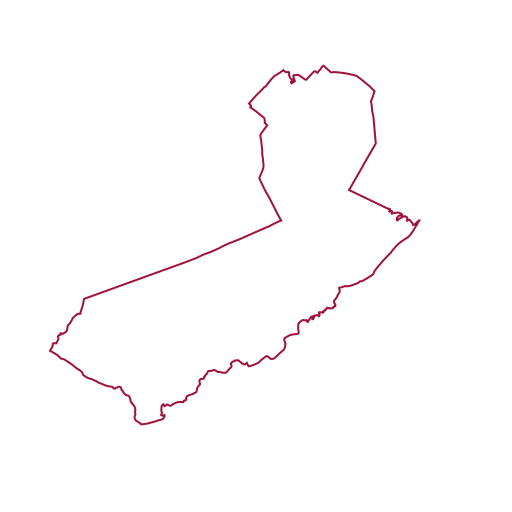 outline of Aek Phnum, Batdâmbâng, Cambodia, rotated 129°
{"feature_id": "14789045B18738075075755", "entity_name": "Aek Phnum", "entity_type": "district", "adm_level": 2, "iso_a3": "KHM", "parent_name": "Cambodia", "parent_adm1": "Batdâmbâng", "projection": "mercator", "projection_center": [103.494, 13.247], "detail": "fine", "context": "isolated", "style": "outline", "palette": "rose", "viewbox_px": 512, "rotation_deg": 129, "n_neighbors": 0, "source": "geoboundaries", "source_scale": "gbopen_adm2", "svg_char_len": 6113}
<svg xmlns="http://www.w3.org/2000/svg" viewBox="0 0 512 512"><g transform="rotate(129 256 256)"><path d="M125.7,151.4L126.1,151.9L131.5,152.4L132.6,153.0L133.0,153.6L132.7,154.1L132.2,154.4L131.7,157.3L131.3,158.5L131.3,159.1L131.4,159.8L132.1,160.2L133.5,160.7L133.6,161.1L132.0,161.7L130.9,162.8L131.2,165.0L131.9,165.8L133.9,166.9L135.2,167.3L137.7,168.4L139.0,168.3L139.5,168.6L139.0,169.6L138.3,170.2L136.9,170.5L135.4,170.5L134.3,170.0L133.7,169.4L132.8,167.8L132.4,167.8L131.8,168.8L131.8,170.0L132.1,170.8L132.1,171.7L133.0,173.2L135.5,175.5L137.6,177.1L137.3,177.8L135.8,178.1L135.7,179.0L135.9,179.4L137.4,180.2L137.3,180.7L136.0,180.9L135.3,181.5L135.4,182.3L136.1,182.8L146.2,225.2L118.1,229.7L117.6,229.9L93.2,233.7L74.2,252.1L70.1,257.1L66.6,260.4L63.3,264.1L58.3,265.6L53.3,267.7L52.5,275.4L52.5,285.6L52.7,291.2L54.0,294.2L57.7,301.4L59.9,305.1L63.2,310.1L64.5,311.7L65.8,312.7L66.1,313.8L65.9,316.3L65.9,319.5L65.6,323.2L66.9,323.7L70.5,323.5L73.1,323.6L74.9,323.5L75.1,324.5L75.2,326.4L76.3,327.1L87.4,327.9L88.0,328.9L88.1,331.1L88.5,336.8L89.3,338.0L90.5,339.0L91.6,340.4L92.5,340.4L93.8,338.9L95.7,335.8L99.4,337.0L99.2,337.9L98.4,338.5L96.5,337.7L95.8,338.0L96.2,339.1L96.2,341.3L94.3,344.7L92.9,345.4L92.4,346.1L92.9,346.9L93.9,347.9L94.5,349.4L94.5,350.7L94.3,351.7L98.6,352.8L104.3,354.9L105.3,355.1L110.2,355.4L118.3,355.2L119.5,355.8L122.5,356.0L130.8,356.9L135.9,357.2L140.5,357.2L141.9,357.4L142.2,355.4L142.5,354.2L144.0,354.1L143.6,348.0L143.6,336.3L145.2,334.4L147.0,333.1L147.2,330.3L147.4,329.6L157.3,329.1L159.7,328.5L163.1,324.6L169.7,317.9L172.3,315.8L174.5,313.6L176.6,311.3L180.9,307.1L183.1,305.7L186.3,304.5L193.0,302.7L193.7,302.0L197.7,293.7L200.3,287.9L201.4,284.7L202.9,281.2L211.5,261.7L212.6,258.7L214.2,259.7L219.6,262.4L222.8,263.7L226.1,265.2L228.4,266.6L232.1,268.4L238.5,271.8L252.5,278.9L263.5,285.1L269.7,288.2L272.4,289.2L276.0,291.0L282.6,294.4L287.3,297.4L295.1,301.1L303.5,305.9L397.5,362.6L404.8,358.9L406.6,358.4L408.1,357.7L408.7,357.6L410.0,357.0L411.3,356.1L411.8,356.4L412.0,356.9L413.1,358.2L419.5,359.4L421.7,358.8L425.7,358.2L427.8,358.5L429.0,358.2L429.9,357.8L430.9,357.0L432.0,356.5L432.9,356.1L434.1,355.9L437.9,357.0L438.2,357.3L438.5,358.5L439.1,359.3L439.9,358.9L440.4,358.4L441.2,359.1L442.4,359.4L443.1,359.4L444.0,358.1L444.9,357.3L449.6,356.2L450.2,356.9L450.8,358.1L451.4,358.5L451.9,358.6L452.6,358.4L453.7,357.5L455.0,357.1L459.0,356.6L459.4,356.1L458.8,354.2L458.8,353.0L458.4,351.7L458.3,349.6L457.9,348.0L458.1,346.5L458.0,345.6L458.4,344.7L458.4,342.9L457.2,340.4L456.9,339.0L456.2,331.3L456.2,325.1L455.7,321.0L455.7,319.7L455.8,318.0L457.0,315.9L457.2,314.5L457.2,313.5L456.9,311.7L456.3,309.0L455.0,305.8L453.7,300.8L453.6,299.3L451.3,291.5L449.8,288.2L448.2,285.5L448.2,284.4L448.5,283.4L448.4,282.8L447.6,282.1L446.6,281.9L445.9,281.3L444.5,280.8L443.4,279.7L443.2,279.1L443.4,278.0L444.9,275.8L444.6,275.1L444.9,274.0L445.6,273.2L445.7,272.7L445.9,269.8L445.8,268.9L445.1,267.9L444.8,266.7L445.2,265.5L446.4,263.6L448.0,261.8L448.3,260.9L448.2,260.0L448.7,259.3L448.8,258.8L448.8,257.7L449.6,255.4L450.6,253.8L451.2,253.1L452.7,252.4L454.8,250.3L455.6,249.8L457.2,249.4L458.9,247.6L459.5,245.7L458.9,240.5L459.2,239.7L458.1,238.2L454.3,234.7L446.2,229.0L445.3,228.6L442.0,226.1L441.4,225.8L440.8,225.8L438.1,226.2L437.7,226.5L437.3,226.9L437.4,227.4L438.8,228.1L439.2,228.7L439.3,229.6L438.9,229.9L437.5,230.2L436.9,230.4L436.6,231.2L435.3,232.8L434.3,233.2L432.2,234.9L431.1,235.0L429.9,234.8L429.5,234.6L429.5,234.1L429.9,233.7L430.3,232.6L429.6,232.2L427.8,231.9L427.4,231.6L427.2,231.3L426.6,228.8L425.9,227.9L423.4,227.3L419.8,225.5L418.1,224.3L415.2,220.5L413.6,220.9L412.8,220.1L412.2,219.8L411.6,219.9L409.6,221.3L408.7,221.5L406.8,220.7L404.8,219.5L403.0,218.1L402.4,218.1L399.8,216.9L399.0,216.8L395.6,218.6L393.1,218.9L391.1,218.7L390.5,219.0L389.6,220.5L388.9,221.2L388.5,221.5L387.3,221.7L386.9,221.8L386.3,221.5L385.8,221.1L385.3,220.3L384.2,219.4L382.9,220.0L382.5,220.1L382.1,219.9L381.8,220.3L377.8,220.1L376.7,220.5L376.3,220.8L375.2,220.4L374.8,220.1L373.6,218.5L373.2,218.2L372.3,217.8L371.0,217.0L370.6,215.9L370.0,212.4L369.2,211.6L367.8,208.8L366.7,207.1L365.4,205.8L358.9,205.5L358.2,205.3L357.2,205.5L356.5,206.1L355.8,207.3L355.7,207.8L355.1,207.9L353.1,207.8L351.5,206.8L350.5,206.7L349.4,205.3L348.5,204.7L348.2,204.1L348.2,198.7L347.9,197.2L347.2,196.4L345.3,196.0L344.8,195.8L346.1,193.1L346.2,192.0L342.2,189.3L337.3,186.9L333.1,186.4L328.0,185.2L327.0,184.7L326.7,183.4L326.8,180.4L326.7,180.0L326.2,179.0L325.3,178.1L323.7,177.4L319.4,176.7L317.2,176.5L311.6,175.4L310.2,175.6L308.0,176.4L306.6,177.2L306.1,177.9L305.4,178.1L304.5,179.7L303.4,181.3L302.5,181.9L301.7,182.0L300.5,181.7L296.3,179.9L294.2,178.4L290.4,174.7L289.9,174.4L289.3,174.4L288.7,174.6L288.0,175.2L286.1,177.4L282.2,180.3L281.3,180.5L279.6,180.3L277.1,179.7L276.5,179.4L276.0,178.9L274.9,177.0L274.0,176.4L273.9,175.9L274.9,174.8L274.7,174.3L273.1,174.4L270.8,174.8L269.2,174.8L267.7,174.4L267.7,173.7L267.9,173.3L269.2,172.8L269.6,172.5L269.4,172.0L268.8,171.9L267.4,172.2L266.9,172.5L266.1,173.4L265.5,173.1L265.3,172.4L264.0,171.8L263.2,170.8L263.3,170.0L263.2,169.3L262.7,169.2L261.4,169.7L261.1,170.6L260.5,171.4L259.9,171.5L258.3,169.3L257.9,169.0L258.0,168.4L257.4,168.2L257.1,168.8L256.6,169.0L256.2,168.9L255.2,168.1L254.8,168.0L254.2,168.5L253.8,168.1L252.6,168.2L252.2,167.9L251.5,168.1L251.0,166.8L250.4,166.5L250.5,166.0L249.4,164.8L249.3,164.3L248.2,163.6L247.7,163.8L247.3,163.5L247.0,163.7L246.6,163.4L246.0,163.6L245.1,162.9L244.8,163.3L244.0,163.5L242.9,166.2L241.9,167.0L240.0,167.2L237.9,167.1L236.1,167.5L235.3,167.9L232.0,168.2L230.4,168.9L229.2,170.5L228.3,171.4L226.9,170.1L223.6,168.0L222.9,167.3L222.4,166.3L219.7,163.9L213.9,160.3L212.7,159.7L210.6,159.4L210.0,159.1L209.4,158.2L206.6,156.8L202.6,155.4L200.7,154.7L196.6,153.4L192.7,154.5L187.0,154.5L179.4,154.3L169.1,153.4L168.4,153.2L167.9,153.4L165.3,153.5L160.0,153.3L154.6,152.5L148.7,150.7L146.2,149.8L142.9,149.4L138.0,149.7L133.8,150.4L130.0,150.7L129.3,151.0L125.7,151.4Z" fill="none" stroke="#9f1239" stroke-width="2"/></g></svg>